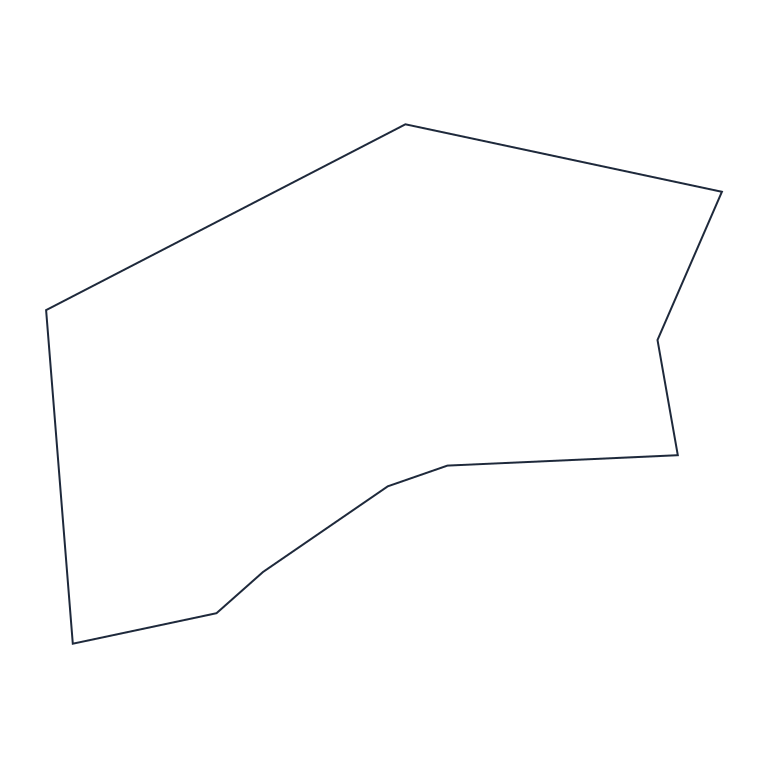 SVG path tracing the border of Kuzma
{"feature_id": "SVN-197", "entity_name": "Kuzma", "entity_type": "Municipality", "adm_level": 1, "iso_a3": "SVN", "parent_name": "Slovenia", "parent_adm1": "", "projection": "natural_earth1", "projection_center": [16.092, 46.839], "detail": "fine", "context": "isolated", "style": "outline", "palette": "slate", "viewbox_px": 768, "rotation_deg": 0, "n_neighbors": 0, "source": "natural_earth", "source_scale": "10m", "svg_char_len": 257}
<svg xmlns="http://www.w3.org/2000/svg" viewBox="0 0 768 768"><path d="M405.4,124.3L721.9,191.8L657.5,340.0L677.8,455.2L447.4,465.6L387.8,486.3L263.1,571.9L216.5,613.2L72.8,643.7L46.1,310.1L405.4,124.3Z" fill="none" stroke="#1e293b" stroke-width="2"/></svg>